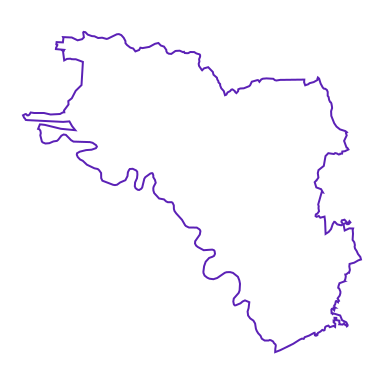 outline of Balteni, Gorj, Romania
{"feature_id": "2599482B88811296912065", "entity_name": "Balteni", "entity_type": "district", "adm_level": 2, "iso_a3": "ROU", "parent_name": "Romania", "parent_adm1": "Gorj", "projection": "orthographic", "projection_center": [23.271, 44.874], "detail": "fine", "context": "isolated", "style": "outline", "palette": "violet", "viewbox_px": 384, "rotation_deg": 0, "n_neighbors": 0, "source": "geoboundaries", "source_scale": "gbopen_adm2", "svg_char_len": 5893}
<svg xmlns="http://www.w3.org/2000/svg" viewBox="0 0 384 384"><path d="M275.2,352.1L280.2,350.2L293.2,343.8L299.8,339.6L302.0,338.6L303.7,338.9L304.7,337.2L309.1,335.6L314.0,332.9L314.6,332.8L314.9,335.3L315.8,335.7L316.7,335.5L317.3,335.0L316.7,334.2L317.7,333.7L318.0,332.9L320.4,331.6L322.3,329.9L323.7,330.5L324.5,330.2L325.2,327.1L326.2,326.3L328.4,325.6L329.8,327.2L333.6,325.9L335.1,326.9L335.3,323.8L333.7,322.3L333.9,321.8L333.6,321.4L333.6,320.5L334.6,320.7L335.0,320.1L335.2,319.0L334.5,318.5L334.5,317.8L336.3,317.9L336.4,319.9L336.7,320.2L339.4,320.7L339.3,322.6L339.7,323.4L339.3,324.3L342.7,324.6L343.9,323.4L345.3,325.0L346.1,325.0L346.8,326.4L347.4,326.0L347.7,325.1L346.3,322.3L342.1,320.2L340.2,315.5L333.7,313.5L332.7,314.0L332.5,313.2L331.6,313.2L331.4,309.6L331.9,308.8L332.7,308.6L334.2,310.2L334.7,308.3L334.3,307.7L335.4,307.7L334.4,307.0L334.2,305.5L335.1,304.6L335.8,301.3L336.4,301.0L338.0,302.2L338.1,301.6L339.0,300.9L337.6,298.4L339.7,295.6L340.4,293.1L340.4,291.5L339.2,288.6L338.2,287.8L338.5,286.1L339.5,283.2L344.7,281.3L344.4,281.2L345.3,279.1L345.8,276.5L345.3,274.5L346.2,274.4L348.7,272.4L349.1,272.6L349.9,269.9L349.3,266.4L349.6,263.9L354.2,262.7L358.4,260.3L361.0,259.5L360.3,256.9L358.0,254.0L356.7,251.1L355.0,248.5L354.6,246.6L354.9,245.1L354.3,242.3L352.6,239.9L353.0,233.7L352.7,229.9L353.1,228.5L349.3,228.4L344.7,230.5L343.6,224.8L344.0,223.8L345.9,223.0L347.1,224.2L348.7,224.1L350.4,222.4L349.4,221.2L348.6,222.8L347.8,223.3L344.5,219.7L341.8,220.4L341.4,221.8L343.1,224.3L341.2,225.3L337.3,224.4L334.9,221.9L334.2,221.8L332.7,224.2L331.1,229.0L328.7,231.9L325.6,233.9L325.1,221.3L324.5,216.6L320.3,217.7L318.8,216.0L316.6,216.8L315.6,216.2L315.7,214.8L316.3,214.0L317.3,213.7L319.0,211.3L318.5,208.1L318.7,206.2L318.2,204.5L321.7,192.1L322.9,192.4L321.1,189.2L316.3,187.4L314.7,182.2L316.8,180.0L316.7,179.2L317.0,179.7L318.4,177.6L317.8,173.1L318.5,170.1L323.8,165.9L325.5,156.1L328.3,153.2L333.9,154.0L335.1,153.1L336.9,153.5L338.7,154.5L340.0,154.2L340.2,153.7L342.1,153.6L342.3,151.5L344.9,151.2L348.4,149.5L347.3,147.8L346.5,147.5L344.1,140.9L346.7,135.4L345.9,133.0L346.9,132.3L345.4,131.1L340.0,129.4L336.5,126.6L334.2,123.2L331.3,115.9L331.1,111.2L332.1,108.1L331.9,106.2L331.4,103.5L330.9,102.4L330.1,102.0L329.1,99.8L328.6,97.0L327.7,95.8L327.7,91.9L326.9,90.0L325.3,88.8L324.0,88.7L322.8,87.6L320.6,83.5L319.1,78.6L317.9,77.5L317.4,78.8L317.6,79.5L317.4,80.0L313.7,82.1L309.5,83.2L308.4,84.2L305.2,85.3L304.1,82.3L304.3,79.6L280.2,79.9L276.4,80.5L274.8,80.1L273.3,78.8L266.5,78.4L262.9,78.7L261.3,79.4L259.4,81.8L258.4,80.3L257.4,80.1L251.8,81.7L250.1,85.3L249.1,86.2L243.8,88.3L240.2,88.5L238.3,89.3L238.1,91.2L236.4,93.1L235.3,92.2L234.8,91.1L232.5,89.4L231.4,89.6L230.0,91.2L227.6,92.4L226.3,94.7L225.0,95.2L223.8,91.1L221.3,88.3L220.2,85.6L220.1,84.0L218.5,82.4L218.4,81.2L217.3,79.5L216.9,77.7L213.5,74.7L212.8,71.9L212.2,71.3L208.2,67.2L204.1,68.3L202.1,70.3L201.8,70.0L199.1,66.0L198.8,64.6L198.7,63.7L199.4,61.6L199.1,59.2L200.1,56.7L200.1,55.1L199.6,54.4L196.3,53.4L194.3,52.1L190.3,52.0L188.3,53.1L187.1,53.2L184.7,53.0L184.0,51.8L182.9,52.1L179.7,50.7L176.2,50.9L175.4,51.0L171.3,53.9L168.8,53.7L167.1,52.7L166.3,51.0L166.3,49.9L164.0,46.6L160.8,45.5L158.4,43.0L155.0,43.8L149.3,46.9L142.5,48.1L140.4,47.7L139.1,50.0L135.4,51.4L133.2,48.5L130.3,47.6L127.0,45.0L125.5,43.2L125.4,41.0L123.7,37.8L121.3,35.1L118.9,34.1L116.8,34.3L107.7,38.7L106.5,38.9L102.1,37.7L98.1,38.0L94.5,36.3L91.9,36.1L87.7,34.6L85.4,32.2L83.6,31.9L83.2,32.5L83.9,37.4L82.1,39.2L77.6,40.3L71.8,37.5L63.0,37.1L63.4,38.1L62.9,42.4L56.6,42.1L56.3,44.4L57.3,44.7L57.3,45.3L56.0,48.0L55.9,49.1L63.7,49.8L62.7,50.6L63.7,51.0L63.1,51.9L64.2,60.4L67.0,58.9L70.4,58.7L71.7,59.2L75.9,59.3L82.9,61.9L81.5,85.1L75.7,90.8L71.8,98.3L68.3,101.1L68.5,104.5L64.0,110.5L64.3,112.3L62.9,112.4L60.0,114.0L50.5,114.5L44.0,113.0L34.1,113.0L30.7,112.5L29.5,114.5L28.5,115.3L27.3,115.4L26.2,114.2L25.4,114.1L23.0,115.3L24.1,117.7L25.1,118.7L25.7,119.9L27.2,120.1L63.1,121.9L69.4,121.4L72.1,126.2L75.3,130.2L60.9,128.8L44.9,124.9L41.6,124.5L39.9,124.4L38.1,128.9L39.4,129.3L40.4,130.8L40.8,133.1L40.3,135.3L41.9,141.6L42.9,142.5L45.4,143.5L49.3,143.2L53.5,141.4L56.9,140.9L58.2,139.8L61.4,135.7L63.6,134.5L65.9,134.9L71.1,140.2L73.5,141.6L89.9,142.1L92.6,142.8L96.1,145.2L96.9,146.7L95.9,148.2L91.6,149.7L86.1,150.1L79.7,151.7L77.0,153.3L76.8,154.8L77.8,157.1L80.1,159.5L82.8,160.8L86.9,164.7L94.4,168.3L97.7,169.0L99.1,170.2L101.1,173.0L101.2,178.2L102.4,180.7L113.1,184.8L115.0,185.1L117.1,184.7L120.1,182.5L125.4,180.2L127.5,176.1L127.9,172.3L128.9,170.2L129.8,169.0L132.7,168.8L136.1,170.4L137.2,171.7L137.4,174.6L137.0,178.2L135.1,182.4L134.8,186.3L135.6,188.2L137.6,189.7L139.1,190.0L141.2,188.8L142.2,187.5L144.3,178.8L145.3,177.2L150.4,173.5L152.1,173.1L152.7,173.5L153.3,175.3L153.3,177.2L155.0,180.0L155.7,182.8L153.7,186.6L153.3,188.2L153.4,190.6L154.2,193.1L159.1,198.5L164.0,199.4L166.1,201.4L167.8,202.2L171.6,202.2L172.5,202.7L173.8,205.3L173.9,208.9L174.5,211.0L176.2,213.4L182.0,219.8L185.1,225.2L186.0,226.1L188.9,227.5L196.8,227.6L199.4,229.3L200.2,230.4L200.4,231.3L199.8,234.6L195.2,241.2L195.0,243.5L196.1,245.6L197.8,247.0L203.7,250.2L212.2,249.6L213.8,250.1L214.6,251.1L215.0,253.8L214.1,255.8L212.4,256.8L209.2,257.9L205.7,261.7L204.1,266.2L203.4,271.6L203.5,273.0L204.6,275.6L207.3,277.7L209.5,278.7L213.4,279.2L217.2,278.0L224.8,272.8L226.6,272.2L230.1,272.1L233.0,272.9L237.9,276.8L239.3,280.3L240.0,283.8L239.6,290.4L238.7,292.9L233.8,298.5L233.3,301.5L233.9,304.4L234.7,305.3L235.7,305.3L240.5,303.3L242.6,301.5L245.0,300.4L249.3,302.2L248.6,308.1L247.6,311.5L248.1,315.5L250.2,318.4L253.4,320.6L255.1,323.5L255.9,328.7L256.7,330.8L258.2,333.3L260.5,335.7L261.8,338.7L264.6,340.5L268.6,340.5L269.8,340.0L271.2,340.4L273.1,341.5L273.9,343.0L275.5,344.5L275.8,345.7L275.3,348.9L275.2,352.1Z" fill="none" stroke="#5b21b6" stroke-width="2"/></svg>